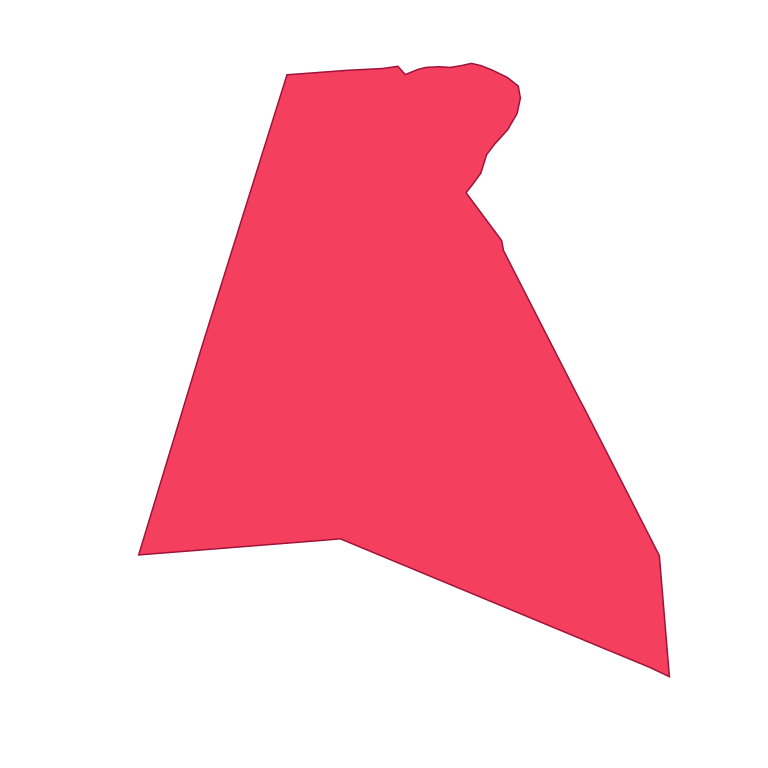 the district of Francinópolis, Piauí, Brazil, rotated 265°
{"feature_id": "56859067B56401376312318", "entity_name": "Francinópolis", "entity_type": "district", "adm_level": 2, "iso_a3": "BRA", "parent_name": "Brazil", "parent_adm1": "Piauí", "projection": "orthographic", "projection_center": [-42.191, -6.417], "detail": "fine", "context": "isolated", "style": "filled", "palette": "rose", "viewbox_px": 768, "rotation_deg": 265, "n_neighbors": 0, "source": "geoboundaries", "source_scale": "gbopen_adm2", "svg_char_len": 624}
<svg xmlns="http://www.w3.org/2000/svg" viewBox="0 0 768 768"><g transform="rotate(265 384 384)"><path d="M178.8,643.3L189.1,643.3L343.5,580.9L351.6,577.4L506.5,514.7L516.6,513.7L567.4,482.4L575.4,490.0L585.7,498.9L603.5,506.2L612.9,514.7L626.6,529.4L641.9,540.2L657.0,544.8L669.1,543.7L678.8,533.4L687.3,519.1L692.7,508.5L695.8,499.0L694.4,488.6L693.6,477.6L695.3,466.2L695.7,453.3L694.4,445.1L690.4,432.2L699.3,425.5L698.4,410.2L699.7,374.4L700.2,335.8L700.5,314.3L436.1,205.4L235.1,124.7L233.6,314.3L233.6,326.9L99.9,582.9L78.6,623.9L67.5,642.8L178.8,643.3Z" fill="#f43f5e" stroke="#9f1239" stroke-width="1.5"/></g></svg>